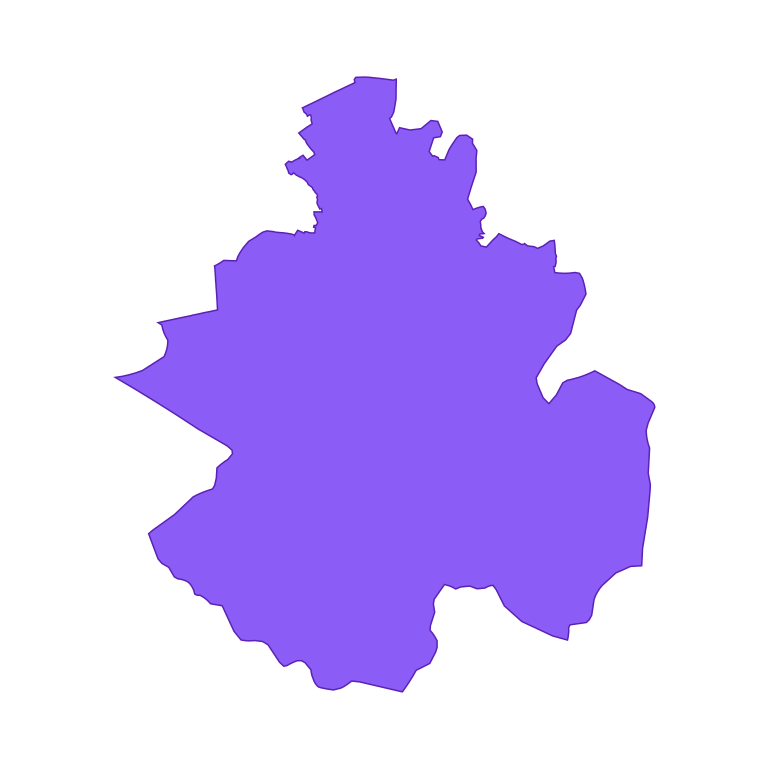 Copacele, Caras-Severin, Romania (Natural Earth projection), rotated 353°
{"feature_id": "2599482B86602840637576", "entity_name": "Copacele", "entity_type": "district", "adm_level": 2, "iso_a3": "ROU", "parent_name": "Romania", "parent_adm1": "Caras-Severin", "projection": "natural_earth1", "projection_center": [22.073, 45.483], "detail": "fine", "context": "isolated", "style": "filled", "palette": "violet", "viewbox_px": 768, "rotation_deg": 353, "n_neighbors": 0, "source": "geoboundaries", "source_scale": "gbopen_adm2", "svg_char_len": 5736}
<svg xmlns="http://www.w3.org/2000/svg" viewBox="0 0 768 768"><g transform="rotate(353 384 384)"><path d="M617.6,595.8L620.6,578.7L629.5,548.2L634.9,523.2L636.1,516.5L635.4,504.8L639.8,480.0L638.9,475.5L638.4,471.0L638.3,466.5L638.6,462.0L641.4,454.9L649.9,440.3L649.9,438.8L649.6,437.4L649.0,436.0L648.1,434.7L647.3,433.9L637.8,425.0L624.6,419.0L617.3,412.9L594.8,396.6L591.4,397.8L588.0,398.8L584.5,399.8L581.0,400.6L577.4,401.3L573.8,401.8L570.2,402.3L566.6,402.6L561.6,404.6L553.7,415.9L545.3,423.6L540.3,417.2L536.0,402.4L535.8,396.4L545.7,383.2L560.1,367.5L569.6,362.4L575.4,356.5L584.2,334.1L588.4,329.8L595.4,319.4L595.3,315.9L595.1,312.3L594.7,308.8L594.2,305.3L593.7,303.0L591.5,298.0L587.1,296.6L582.0,296.6L577.0,296.2L572.1,295.4L567.2,294.3L566.6,288.3L568.2,288.2L568.7,286.7L569.4,285.1L569.8,283.0L569.9,280.1L570.8,278.3L570.0,275.5L570.5,266.9L570.5,262.2L566.0,262.4L558.8,266.4L552.9,268.1L549.7,266.0L543.3,264.4L540.6,261.7L539.9,262.2L537.6,262.4L535.9,261.1L532.0,258.5L525.1,254.6L516.3,248.8L513.6,251.5L509.4,254.5L502.3,260.6L496.9,258.7L495.4,255.5L493.2,252.4L494.0,251.4L497.4,251.3L499.7,251.3L500.5,250.5L498.8,249.4L496.6,248.1L496.6,247.8L497.9,246.6L500.2,247.0L501.7,246.9L499.9,244.5L499.9,243.3L499.3,241.7L499.5,241.3L499.1,240.4L499.4,238.6L499.4,234.3L501.1,232.4L503.5,231.3L505.1,229.3L506.2,226.8L505.7,222.7L504.2,219.9L501.4,220.0L497.3,220.8L493.5,221.7L492.2,217.5L489.5,210.7L494.6,199.1L501.3,184.9L502.9,171.3L504.6,163.6L501.1,155.7L501.8,151.8L496.4,147.1L489.4,146.5L486.3,148.4L481.0,154.4L480.4,155.1L477.1,159.3L471.6,169.0L465.9,168.0L465.4,165.9L461.5,163.5L460.0,163.8L457.2,158.8L457.8,157.4L463.3,145.7L470.1,145.4L472.5,141.0L469.4,129.9L462.7,128.2L451.9,135.1L440.8,135.1L430.7,131.5L427.2,137.2L426.7,136.9L425.9,134.5L421.9,121.2L422.9,120.5L423.9,119.9L426.8,115.3L429.0,108.2L430.6,102.8L431.0,99.9L431.8,93.8L432.9,86.1L433.2,84.0L433.3,83.3L433.3,82.9L430.4,83.6L418.0,80.4L406.8,77.8L402.2,77.0L393.4,76.2L391.6,78.1L391.9,81.3L369.8,88.6L357.5,92.9L336.6,100.0L336.9,100.5L337.3,102.3L337.9,104.6L339.0,105.5L340.1,107.0L340.6,108.9L343.4,107.7L344.1,108.6L344.4,110.6L343.8,112.7L344.0,114.8L344.3,116.2L344.3,117.1L339.0,119.6L330.0,124.5L334.7,131.6L335.7,132.2L336.0,134.0L337.1,136.7L338.9,139.8L340.2,141.9L342.8,145.5L342.9,146.8L343.2,147.9L334.9,152.5L331.5,147.1L327.4,149.0L327.7,149.7L326.9,149.7L325.8,150.0L323.5,150.8L320.7,151.9L319.1,152.7L317.9,151.7L317.2,151.7L316.5,151.3L312.8,153.9L313.8,156.9L314.2,158.9L314.9,160.5L315.1,163.0L317.3,164.9L318.6,164.6L319.9,163.3L321.5,164.9L322.1,165.7L325.6,168.2L328.2,169.7L330.7,172.2L332.3,174.2L333.2,176.9L334.7,178.2L336.9,180.4L337.0,181.2L337.2,182.0L338.0,183.5L338.7,184.3L339.1,185.7L340.2,186.8L340.7,187.6L341.0,189.1L340.0,190.5L340.3,191.3L340.5,193.3L340.2,193.9L339.7,195.1L339.6,196.7L340.4,199.1L341.6,202.5L343.3,202.2L343.6,205.7L335.5,204.6L335.3,207.7L336.2,209.9L337.2,213.1L337.8,215.9L336.2,218.3L334.9,218.1L333.8,218.2L333.3,219.8L335.1,220.3L333.6,225.6L331.2,225.3L329.4,225.1L325.4,223.4L323.9,223.3L323.1,224.5L317.1,220.9L315.3,223.0L313.5,225.3L313.5,225.2L313.1,225.1L312.9,225.0L310.1,223.8L308.4,223.3L305.8,222.5L304.3,222.2L304.2,222.1L302.0,221.6L299.0,221.0L297.6,220.7L296.5,220.4L295.5,220.3L294.7,220.0L293.6,219.6L292.5,219.2L291.9,219.0L291.7,219.0L289.2,218.4L288.1,218.2L287.7,218.1L286.9,217.8L286.6,217.8L285.7,217.9L283.2,218.3L281.5,218.8L280.6,219.3L278.7,220.2L275.8,221.8L275.5,222.1L267.5,225.7L266.3,226.6L261.0,231.5L257.0,236.2L254.6,239.5L252.5,243.8L240.0,241.8L236.6,243.6L232.4,245.4L230.4,246.1L230.2,246.1L230.2,249.7L230.1,250.6L230.0,253.1L229.6,259.5L229.5,260.3L229.4,264.4L229.2,266.8L228.9,273.2L228.5,280.1L228.0,287.0L227.8,290.2L219.7,290.9L214.0,291.3L209.3,291.8L202.3,292.4L198.7,292.8L191.2,293.4L181.5,294.3L171.2,295.2L167.3,295.6L170.7,298.4L171.1,302.5L171.9,306.5L173.2,310.4L174.8,314.2L174.1,318.3L172.9,322.3L171.2,326.2L169.1,330.0L145.8,341.2L139.0,342.7L132.1,343.8L125.1,344.5L118.1,344.7L137.5,359.7L156.6,374.9L175.5,390.4L194.1,406.1L220.8,426.3L225.1,431.1L225.1,434.8L219.8,439.9L216.7,441.4L213.7,443.1L210.8,444.9L208.0,446.9L206.1,457.0L203.5,464.1L201.0,467.3L195.8,468.3L190.7,469.5L185.7,471.0L180.8,472.8L160.1,488.1L136.5,501.0L132.1,503.9L138.4,530.0L141.7,535.0L148.0,539.7L152.4,549.9L155.7,552.3L158.5,553.0L161.1,554.1L163.6,555.4L165.8,557.1L166.8,558.4L167.7,559.8L168.5,561.3L169.1,562.9L169.7,564.4L170.1,566.0L170.5,569.4L171.6,570.2L172.8,570.8L174.2,571.2L175.6,571.2L178.0,573.0L180.1,574.8L181.9,576.7L183.6,578.8L185.1,581.0L196.4,584.4L205.0,611.2L210.9,620.6L214.2,621.6L217.6,622.3L218.0,622.4L221.3,622.7L224.6,622.9L232.1,624.8L237.1,628.7L246.4,647.4L250.1,651.9L253.6,651.6L256.1,650.5L258.7,649.6L261.3,648.8L264.0,648.1L268.4,648.6L271.7,651.0L276.7,658.9L276.7,662.1L277.1,665.3L278.5,670.8L279.3,672.8L280.6,675.0L281.4,676.0L282.4,676.9L284.9,678.0L290.7,679.9L296.6,681.5L303.9,680.6L304.2,680.5L307.3,679.4L310.2,678.0L313.0,676.5L315.7,674.9L323.5,676.7L364.7,691.8L365.0,691.5L369.0,687.1L373.2,682.2L377.2,677.2L381.0,672.1L395.4,666.9L402.5,656.5L404.6,651.9L405.4,645.3L404.3,642.4L403.0,639.5L401.5,636.8L399.7,634.1L400.7,629.3L406.5,616.7L406.2,608.2L407.7,603.6L419.6,590.4L422.4,591.5L425.2,592.8L427.8,594.4L430.2,596.2L435.3,594.8L444.5,595.0L451.4,598.6L459.5,598.8L461.1,598.1L462.8,597.6L464.6,597.2L466.5,597.1L467.6,597.1L470.3,601.8L476.4,618.9L491.8,636.5L520.7,654.6L534.9,660.5L535.9,657.6L536.7,654.5L537.3,651.5L537.6,648.3L539.3,645.7L555.7,645.4L559.1,642.9L562.0,638.7L566.2,623.6L567.3,621.4L569.0,618.5L571.1,615.7L573.4,613.0L575.9,610.6L591.1,599.8L606.5,595.1L617.6,595.8Z" fill="#8b5cf6" stroke="#5b21b6" stroke-width="1.5"/></g></svg>